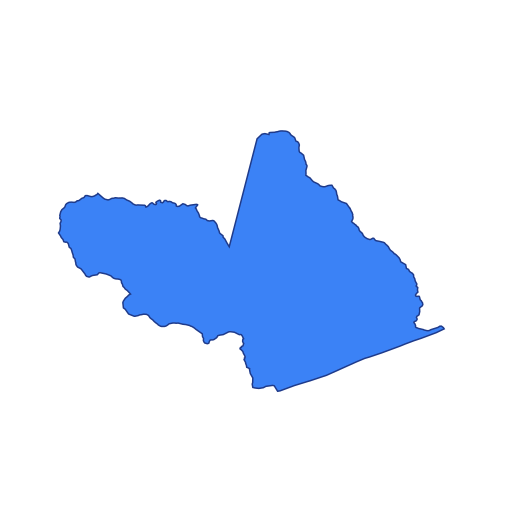 the district of Matina, Limón, Costa Rica, rotated 104°
{"feature_id": "36466004B83376986375247", "entity_name": "Matina", "entity_type": "district", "adm_level": 2, "iso_a3": "CRI", "parent_name": "Costa Rica", "parent_adm1": "Limón", "projection": "natural_earth1", "projection_center": [-83.304, 10.011], "detail": "fine", "context": "isolated", "style": "filled", "palette": "blue", "viewbox_px": 512, "rotation_deg": 104, "n_neighbors": 0, "source": "geoboundaries", "source_scale": "gbopen_adm2", "svg_char_len": 6092}
<svg xmlns="http://www.w3.org/2000/svg" viewBox="0 0 512 512"><g transform="rotate(104 256 256)"><path d="M377.5,206.9L382.0,202.3L381.0,200.0L372.4,187.4L363.0,171.8L354.6,158.6L334.3,132.8L329.0,125.7L326.5,121.4L319.5,110.5L308.6,94.5L305.3,90.0L300.0,82.3L295.8,75.7L286.8,62.6L281.2,55.8L280.2,56.8L279.2,59.1L279.6,60.6L281.3,62.2L285.1,68.4L286.5,70.0L286.9,71.1L287.1,72.1L287.1,75.1L286.9,75.8L287.0,81.0L286.8,81.8L286.7,83.2L286.3,84.0L284.8,84.4L283.3,85.5L282.5,86.6L282.0,86.8L281.2,86.3L280.3,85.0L278.9,84.4L278.2,84.4L276.7,85.5L275.5,85.3L275.0,84.7L273.6,83.6L270.3,83.7L267.3,84.6L266.6,84.6L264.1,82.6L262.7,82.4L261.0,83.2L260.4,84.0L259.5,84.8L258.8,86.0L257.3,86.9L256.6,87.2L255.7,87.8L255.7,88.5L256.3,90.2L256.3,91.1L255.3,91.8L254.5,91.6L252.7,90.8L252.0,90.2L251.1,90.5L250.5,90.9L249.5,91.2L247.5,91.4L247.1,91.9L246.9,92.8L246.6,93.2L245.9,93.3L245.7,93.1L244.8,93.1L243.9,93.4L243.0,94.4L241.5,95.6L239.6,96.5L238.2,97.9L236.1,98.6L234.9,100.2L234.5,101.7L233.8,103.3L232.1,104.8L231.7,107.0L228.2,108.7L226.6,114.2L224.7,115.3L223.1,116.8L221.0,120.2L220.4,121.6L220.4,122.4L219.9,122.9L218.9,124.5L217.9,126.9L217.0,128.0L214.7,130.1L214.6,130.6L213.7,131.8L213.5,132.5L212.1,134.6L211.9,135.7L211.9,139.4L212.1,143.2L211.9,144.0L210.4,145.9L210.4,146.7L210.6,147.1L212.1,148.7L212.5,149.6L212.3,152.4L211.3,155.3L210.1,156.9L208.2,158.4L208.2,158.7L207.5,159.7L207.1,160.8L205.8,162.2L204.4,162.9L203.4,163.8L203.0,164.4L202.5,165.9L201.9,166.3L201.3,168.0L200.6,169.2L200.3,170.4L199.4,171.6L196.5,171.0L195.3,171.2L194.5,171.4L193.9,171.9L192.5,172.1L190.4,173.4L189.5,174.4L186.9,176.4L186.9,176.7L186.5,176.9L185.9,177.8L183.2,180.9L182.7,186.4L181.9,188.6L181.9,189.3L181.6,190.0L178.7,191.2L177.6,191.8L176.8,192.5L174.4,193.5L172.9,194.4L172.6,195.0L171.8,195.8L171.3,197.2L169.0,199.4L169.0,199.7L169.7,201.9L170.3,203.2L172.0,205.7L172.4,206.7L172.6,208.6L172.5,210.8L171.5,212.3L171.0,213.4L170.1,218.1L169.3,219.6L167.1,222.6L166.6,224.7L166.2,225.4L165.7,227.1L163.7,227.5L161.0,228.3L156.9,228.2L156.0,228.4L155.1,229.2L154.9,229.6L153.6,230.1L152.3,230.8L150.7,232.2L146.7,234.2L145.3,237.0L144.8,238.7L143.8,239.5L140.5,240.6L137.8,240.8L136.2,241.8L135.0,243.3L135.0,244.6L134.7,245.2L132.1,246.9L131.5,247.7L130.4,250.7L129.6,252.1L129.2,252.3L128.5,253.2L128.1,254.1L127.7,255.8L127.7,257.4L128.3,260.8L128.7,262.3L129.3,263.7L130.1,265.0L130.9,266.9L131.4,267.7L132.8,272.4L133.2,273.0L135.0,272.8L135.1,277.0L136.0,279.0L136.5,279.8L142.0,283.3L253.5,284.2L250.4,287.3L246.9,290.5L245.8,292.4L244.4,292.9L244.2,293.2L242.9,296.2L242.3,297.0L240.6,297.9L239.4,298.9L239.1,299.0L238.2,299.9L235.8,301.1L234.8,301.8L233.8,302.8L232.3,304.9L232.0,305.6L232.0,306.6L233.3,309.7L233.4,311.8L232.4,313.7L232.5,314.3L232.5,316.0L232.3,317.5L232.3,318.8L231.8,319.9L231.5,320.3L230.6,320.6L228.3,322.2L226.2,324.4L224.8,325.3L224.2,326.3L223.9,326.4L220.7,325.0L220.3,325.1L220.3,326.3L220.7,327.4L222.6,332.1L223.9,334.1L223.9,335.3L223.1,337.2L223.0,339.6L226.3,342.5L226.9,344.2L226.9,345.1L226.8,345.4L225.3,346.0L224.7,346.9L224.5,347.8L224.5,350.0L223.9,351.6L224.0,353.4L224.6,354.5L224.6,355.1L223.9,356.6L224.1,357.7L224.5,358.4L226.1,358.9L227.0,359.6L226.9,361.5L225.3,362.1L225.2,363.2L226.7,365.0L228.1,366.1L228.5,366.0L229.1,365.2L230.0,365.3L230.4,365.7L230.5,367.5L229.5,369.4L229.7,370.2L230.9,371.4L233.9,373.1L234.9,374.1L235.1,374.7L235.1,374.9L234.5,375.1L234.0,375.5L233.7,376.3L235.1,383.3L235.7,384.6L235.6,386.1L235.2,388.0L234.5,389.2L233.4,391.9L232.9,395.1L232.0,397.6L232.0,399.7L233.1,403.6L233.5,406.6L234.5,408.3L234.8,409.5L235.2,410.2L236.4,411.4L237.4,413.1L237.4,416.5L236.6,418.5L233.5,424.6L234.9,425.2L235.8,426.4L236.6,427.0L237.8,428.8L238.3,430.3L238.2,434.5L238.7,436.1L239.5,436.6L240.4,436.8L241.1,437.3L242.2,439.0L244.8,441.0L245.4,441.9L245.7,442.9L247.4,444.2L248.0,445.6L248.4,448.2L249.1,450.3L249.8,451.2L251.1,452.5L252.4,453.1L254.6,453.3L256.1,454.1L257.9,455.5L260.3,456.2L264.1,456.2L265.0,455.7L266.8,455.6L267.2,455.4L267.9,454.1L268.8,453.6L270.1,453.6L271.6,454.0L274.2,453.0L277.4,452.5L279.3,452.5L281.4,453.2L283.9,450.4L285.1,449.5L286.7,447.2L288.6,446.0L288.7,444.2L288.4,443.5L288.4,442.6L289.3,441.2L292.7,439.3L293.5,437.4L295.9,435.7L296.2,435.7L299.3,433.7L301.4,432.9L302.7,430.9L305.5,429.7L305.9,429.3L307.5,428.8L308.6,428.0L309.9,426.4L310.6,423.4L311.0,422.4L314.9,417.5L315.9,416.7L316.7,415.5L316.8,413.0L316.7,412.6L315.0,410.7L314.4,409.8L312.6,405.5L310.4,404.3L309.9,403.3L309.7,397.0L310.3,392.3L310.7,391.3L311.5,390.1L312.0,388.6L312.1,387.6L312.1,386.5L311.7,384.2L311.7,382.3L311.9,381.4L312.8,380.6L314.5,380.0L315.7,378.8L317.7,377.7L318.5,376.2L319.7,374.9L320.6,372.6L323.3,368.5L324.8,370.2L326.1,370.8L328.6,372.6L332.0,373.8L333.5,373.9L338.4,372.1L339.3,370.0L343.1,365.6L343.9,359.8L343.8,359.0L342.3,355.9L341.2,354.5L340.8,353.3L339.6,350.9L339.1,348.1L339.7,345.9L341.5,344.0L342.4,342.3L342.8,341.0L344.2,338.9L345.3,336.6L345.9,335.0L346.5,334.2L347.2,331.7L347.2,330.6L346.5,327.8L345.8,326.5L344.5,325.2L342.8,323.9L341.2,320.6L340.8,319.2L340.5,317.1L339.9,315.3L339.9,310.4L339.5,307.5L339.5,303.5L339.8,302.7L339.9,301.1L340.8,298.3L341.6,296.8L344.5,289.3L346.9,288.5L347.4,288.2L348.6,287.0L350.8,286.6L352.0,285.7L352.8,284.7L352.9,282.1L352.6,281.5L352.0,280.7L350.1,280.6L348.7,280.1L348.3,279.3L347.8,277.5L347.2,276.6L345.0,274.6L344.0,274.1L342.6,273.8L341.6,272.2L340.2,268.8L336.1,264.0L335.6,262.2L335.2,258.5L336.3,253.5L336.3,252.7L335.9,251.9L335.9,251.2L336.7,250.2L339.3,248.0L339.9,248.6L341.9,248.4L343.4,247.4L343.7,246.8L346.3,246.9L347.0,247.7L347.3,248.2L348.0,248.0L348.4,248.2L348.7,249.0L349.8,249.1L350.1,248.9L350.5,247.8L351.8,245.7L353.6,244.6L354.8,243.4L356.4,242.2L357.5,242.1L357.7,242.5L357.9,242.6L358.8,242.1L359.5,242.5L361.6,240.5L362.8,240.0L364.5,238.8L366.2,238.1L366.5,236.3L366.9,234.9L367.6,234.9L371.4,233.1L375.1,229.6L379.6,228.6L381.2,228.7L384.3,227.3L384.3,225.1L383.8,221.2L382.0,217.0L380.1,214.9L377.5,208.5L377.5,206.9Z" fill="#3b82f6" stroke="#1e3a8a" stroke-width="1.5"/></g></svg>